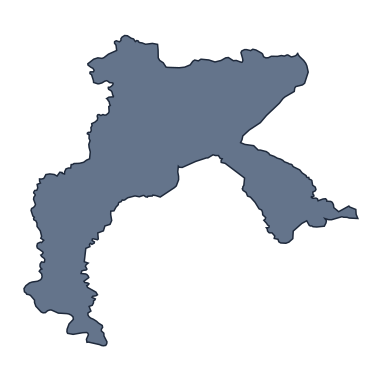 outline of Filomeno Mata, Puebla, Mexico, rotated 91°
{"feature_id": "50627088B66549226075892", "entity_name": "Filomeno Mata", "entity_type": "district", "adm_level": 2, "iso_a3": "MEX", "parent_name": "Mexico", "parent_adm1": "Puebla", "projection": "robinson", "projection_center": [-97.693, 20.213], "detail": "fine", "context": "isolated", "style": "filled", "palette": "slate", "viewbox_px": 384, "rotation_deg": 91, "n_neighbors": 0, "source": "geoboundaries", "source_scale": "gbopen_adm2", "svg_char_len": 5963}
<svg xmlns="http://www.w3.org/2000/svg" viewBox="0 0 384 384"><g transform="rotate(91 192 192)"><path d="M276.5,340.9L279.2,340.4L281.1,340.9L282.4,341.9L283.9,344.8L284.8,350.3L285.8,353.0L288.6,356.5L291.5,358.3L294.7,357.8L295.9,356.2L297.1,355.5L297.5,353.2L298.2,351.7L302.8,347.6L305.3,347.5L309.0,346.1L314.6,340.7L315.4,338.8L315.2,336.5L313.2,334.3L312.4,331.9L312.5,330.4L315.4,323.6L315.8,314.9L316.1,313.1L317.2,310.7L318.9,308.8L321.4,308.4L326.0,312.6L331.4,314.5L334.0,314.6L335.5,313.9L336.4,308.4L334.6,298.9L334.3,294.8L335.1,293.6L336.6,293.1L341.1,295.0L344.1,294.4L343.9,292.8L346.2,281.7L347.1,279.6L347.3,277.8L346.9,275.6L345.2,274.6L343.3,274.4L337.5,277.5L334.7,277.7L332.5,280.2L330.7,280.2L328.9,279.0L327.0,279.4L324.7,283.2L322.9,285.2L320.9,288.5L319.8,291.2L318.4,292.9L316.7,293.9L314.8,293.9L312.8,291.0L308.2,292.9L307.0,289.7L304.6,288.6L302.4,288.5L301.6,287.2L300.6,286.8L299.1,290.2L298.0,289.5L297.4,286.2L296.4,284.7L293.8,286.3L289.2,294.8L287.4,295.6L286.6,294.0L285.6,293.4L284.8,294.6L284.3,297.7L283.1,298.5L279.4,293.7L278.0,294.2L276.4,295.6L275.8,296.8L275.4,301.5L272.9,300.9L272.2,299.0L271.9,296.6L270.9,295.7L268.1,297.3L266.6,296.6L264.9,294.6L263.6,298.5L250.2,297.2L248.4,293.1L246.2,293.6L245.1,292.8L246.1,291.2L244.8,288.9L243.6,288.7L242.3,291.0L240.7,290.8L240.5,289.9L241.4,285.7L240.6,284.9L234.6,285.5L232.4,279.9L227.5,278.5L225.8,273.4L221.9,271.8L216.0,272.9L212.6,272.9L212.2,269.7L208.4,267.7L206.0,265.5L204.3,265.3L203.6,264.7L203.0,262.8L201.2,261.6L201.4,260.3L201.1,259.1L198.9,256.2L196.9,248.9L197.7,244.6L196.3,240.8L196.4,239.8L197.6,238.3L197.9,236.4L197.0,236.0L196.7,231.6L195.8,231.1L196.2,228.1L197.6,223.7L187.9,209.6L186.2,207.8L180.0,205.6L176.5,205.7L172.1,206.6L166.5,206.1L167.5,205.1L167.6,202.2L161.3,188.7L157.7,178.3L157.6,176.6L154.4,171.6L155.1,169.4L155.1,166.2L158.0,164.3L158.2,162.4L160.3,163.5L161.9,163.3L162.8,159.3L177.1,139.7L184.5,140.3L185.8,141.2L187.4,141.3L187.9,141.8L189.5,141.0L191.5,137.9L195.1,136.4L196.1,133.5L201.3,128.7L207.6,124.7L208.8,122.1L210.8,121.2L213.6,120.9L216.3,117.9L217.9,118.3L219.0,119.7L222.0,116.9L223.6,115.9L224.6,114.3L225.6,114.3L226.3,115.0L226.5,117.0L227.5,116.2L229.6,115.8L231.2,114.5L231.5,113.7L231.4,111.4L234.5,108.5L237.0,109.0L237.8,105.2L240.3,104.3L241.4,102.4L241.6,97.2L240.4,94.2L236.9,90.4L229.3,90.1L221.5,81.6L218.8,76.8L223.3,74.2L223.9,73.1L223.8,71.8L224.6,70.4L224.8,66.6L223.9,59.1L220.6,57.5L218.3,57.1L216.2,58.7L217.3,54.9L217.3,52.0L214.1,41.7L214.6,39.9L214.6,36.5L215.3,34.3L215.6,25.7L211.5,27.5L206.6,27.9L204.2,34.2L203.3,34.9L209.1,45.0L205.2,49.9L202.1,50.4L199.9,51.6L199.0,53.1L198.8,57.1L197.6,57.2L196.4,58.3L196.7,60.9L198.6,65.8L196.7,66.4L195.9,67.9L196.2,70.9L195.8,71.9L195.2,72.6L194.6,72.5L194.6,71.2L193.9,70.0L192.9,70.2L192.3,71.0L190.0,71.2L188.7,68.8L187.3,68.1L184.9,68.9L183.1,71.5L178.4,72.4L177.6,73.4L177.2,75.0L175.4,75.5L175.5,77.0L174.9,77.8L173.6,78.2L171.0,82.2L168.0,84.7L165.1,90.9L164.5,91.7L163.4,92.1L162.6,93.2L162.2,95.4L161.5,96.4L160.2,100.2L158.7,101.8L157.6,104.0L156.7,107.3L154.9,110.6L153.4,115.0L152.0,115.9L150.3,118.4L148.9,124.3L148.9,126.6L144.6,131.1L143.5,140.0L141.8,144.3L138.9,142.9L135.1,142.2L128.9,135.7L121.5,124.9L114.2,118.9L101.6,106.1L96.9,102.6L95.2,100.6L89.7,91.5L86.3,91.1L84.8,90.1L83.0,83.4L81.3,81.3L70.1,77.9L64.1,79.3L61.4,80.5L58.6,82.6L54.5,87.0L52.3,88.6L51.0,88.7L52.6,89.4L53.5,90.2L54.3,91.6L55.1,94.4L55.2,95.2L53.3,98.5L53.3,99.4L54.5,102.0L54.0,105.1L54.9,108.8L54.9,115.1L56.4,118.0L56.6,120.6L55.5,122.8L52.9,123.8L51.9,124.9L48.9,130.5L48.2,133.7L49.6,135.8L48.7,139.9L48.7,141.9L50.1,144.7L51.8,145.5L57.4,143.8L59.7,143.4L61.3,144.1L61.5,144.8L59.7,150.0L60.0,153.0L56.9,158.0L57.3,160.7L60.0,165.3L61.6,171.3L59.7,177.4L59.1,184.6L59.1,185.5L60.8,187.9L60.0,191.6L61.3,193.5L64.9,196.0L67.3,201.5L68.0,207.0L67.8,218.7L67.6,220.1L63.3,223.0L61.0,226.6L58.5,228.1L50.4,228.4L45.0,229.0L44.1,234.2L45.1,241.0L43.8,244.5L43.5,246.9L42.8,248.1L42.0,248.3L41.5,249.8L42.6,251.3L40.0,253.1L39.3,255.5L36.9,259.3L36.7,262.1L38.4,264.7L39.9,265.7L41.7,265.7L43.1,267.1L42.1,270.4L43.0,272.0L44.5,272.1L46.6,270.5L51.8,269.8L55.6,277.9L59.2,282.4L60.0,284.3L59.5,288.5L60.9,292.6L65.6,298.4L66.9,298.2L69.1,295.2L70.1,293.2L72.0,292.0L73.5,292.6L73.7,295.9L74.9,296.2L75.6,295.9L76.4,294.5L82.4,292.5L84.2,292.3L85.5,288.0L85.4,286.9L84.5,283.9L82.8,281.3L82.2,279.4L82.7,278.1L84.1,276.3L84.3,273.3L84.7,272.8L86.1,273.0L87.7,274.5L88.8,276.2L88.7,277.4L89.4,277.6L90.8,277.1L92.3,274.5L93.8,273.6L96.4,273.0L97.4,272.2L98.2,272.3L98.6,276.7L100.1,279.0L101.0,277.8L102.0,277.5L103.1,276.4L105.2,276.0L106.8,275.2L108.0,276.7L113.0,276.3L114.4,276.8L116.4,279.1L116.7,280.6L116.1,282.4L117.1,284.4L116.2,286.2L116.3,287.4L117.1,288.0L118.5,288.1L119.5,287.5L121.8,288.0L123.9,290.4L125.4,293.5L127.3,293.1L129.4,294.2L132.3,293.8L133.3,294.3L134.1,294.8L134.2,296.8L134.9,297.6L135.6,297.7L136.7,295.8L140.2,295.9L142.5,294.8L146.1,296.0L149.1,295.7L153.7,294.4L160.6,295.0L161.9,297.9L164.2,300.9L165.3,305.1L165.6,310.5L166.5,311.7L166.7,313.3L170.1,313.7L170.2,316.0L171.1,318.4L174.0,319.7L176.2,319.8L175.6,322.1L174.8,322.2L174.5,324.5L178.4,327.2L176.9,330.0L176.4,334.5L177.1,338.4L180.5,340.1L181.2,340.8L181.7,342.9L181.6,344.7L183.8,344.6L185.7,343.7L187.1,347.0L190.5,346.3L192.0,346.8L193.0,347.3L193.2,349.2L195.0,350.3L195.8,350.2L197.2,348.8L198.0,348.7L199.9,350.0L202.0,350.3L207.1,348.3L208.6,348.8L210.2,350.2L211.3,352.1L213.2,352.6L218.8,350.7L220.0,349.2L221.1,349.9L222.5,349.7L223.6,347.6L225.7,346.5L229.2,346.3L233.5,343.0L238.9,341.6L240.9,342.4L242.8,339.4L245.2,341.5L244.8,342.7L246.2,345.6L248.7,346.2L250.6,345.7L254.4,340.2L255.4,339.8L257.3,341.2L257.7,342.1L259.1,341.2L261.0,338.6L262.2,338.0L264.5,338.3L264.9,338.7L264.5,341.2L266.7,342.6L268.9,342.7L270.3,342.1L271.6,340.8L272.1,342.1L273.9,343.4L276.5,340.9Z" fill="#64748b" stroke="#1e293b" stroke-width="1.5"/></g></svg>